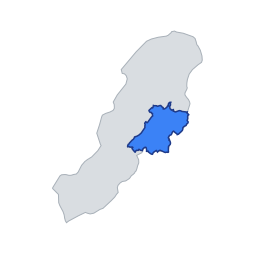 Žilinský on a map of Slovakia (Natural Earth projection), rotated 133°
{"feature_id": "SVK-1053", "entity_name": "Žilinský", "entity_type": "Region", "adm_level": 1, "iso_a3": "SVK", "parent_name": "Slovakia", "parent_adm1": "", "projection": "natural_earth1", "projection_center": [19.144, 49.173], "detail": "fine", "context": "in_parent", "style": "filled", "palette": "blue", "viewbox_px": 256, "rotation_deg": 133, "n_neighbors": 0, "source": "natural_earth", "source_scale": "10m", "svg_char_len": 5687}
<svg xmlns="http://www.w3.org/2000/svg" viewBox="0 0 256 256"><g transform="rotate(133 128 128)"><path d="M239.2,108.4L238.6,110.5L237.1,112.9L235.1,115.4L233.5,118.4L231.3,124.8L229.9,127.7L224.0,133.6L223.7,141.8L222.9,142.4L209.4,145.1L207.6,144.7L205.8,143.1L204.7,142.0L204.1,141.1L202.9,138.9L201.3,137.3L199.0,136.0L196.9,134.4L194.2,134.4L186.9,136.5L181.9,136.7L178.5,136.1L174.0,134.8L165.2,134.6L159.2,135.7L158.6,137.3L153.1,147.3L145.1,151.0L138.1,154.7L136.1,155.5L132.6,154.3L128.6,152.1L125.3,150.9L122.9,151.4L120.3,154.0L119.1,156.5L111.2,158.4L97.3,159.5L92.5,162.1L90.9,165.1L90.8,167.5L92.0,169.5L90.5,171.8L89.9,172.8L80.1,173.3L67.0,174.0L59.3,173.8L51.9,173.6L47.0,171.6L40.9,167.7L34.5,162.5L33.9,162.4L32.9,161.9L28.9,161.5L27.8,161.8L25.4,160.1L24.7,157.9L21.0,152.2L16.9,142.7L16.8,140.0L18.5,136.9L20.1,134.5L20.3,132.6L20.5,132.1L21.8,128.2L24.9,123.0L27.7,120.0L29.8,119.0L34.0,119.9L41.3,120.7L46.9,120.0L52.1,117.6L55.0,115.6L57.4,113.5L58.2,112.1L59.3,111.5L63.6,110.2L65.0,108.8L65.6,106.1L66.0,103.1L66.9,100.8L68.0,99.2L76.0,95.3L76.7,93.9L78.0,92.5L80.3,91.0L82.6,88.9L85.0,87.5L88.1,87.7L91.0,87.4L93.2,86.7L94.2,86.6L98.4,87.2L99.1,89.7L99.5,92.3L106.6,92.1L110.5,86.5L112.6,85.9L115.8,83.9L118.0,82.2L119.5,83.3L121.6,86.9L123.9,89.7L125.2,90.9L125.4,91.8L126.7,92.3L129.3,92.6L131.0,93.5L131.5,96.2L131.5,98.6L130.7,100.3L130.3,101.9L132.1,102.5L134.7,101.9L136.6,101.0L142.1,103.0L144.0,98.5L146.2,96.3L149.1,95.2L151.6,93.8L154.0,92.8L155.6,92.9L156.3,92.5L158.3,92.6L160.7,93.0L163.9,92.5L168.3,93.6L171.0,95.7L173.7,96.3L176.8,96.2L178.9,95.1L181.9,91.2L184.1,91.2L187.6,90.6L192.5,90.7L203.8,91.5L206.7,93.0L213.6,94.9L216.7,97.1L218.1,99.8L218.8,101.6L226.0,104.4L236.6,108.0L239.2,108.4Z" fill="#d9dde1" stroke="#a8b0b8" stroke-width="1"/><path d="M118.1,82.0L118.3,82.1L118.6,82.2L119.3,83.2L119.6,83.5L120.5,84.0L120.9,85.0L121.7,87.5L122.3,89.1L122.5,89.4L123.2,89.8L124.0,90.0L125.5,90.0L125.4,90.4L125.3,90.6L125.3,91.4L125.2,92.0L127.5,92.6L128.3,92.7L129.1,92.7L130.4,92.2L130.8,92.4L131.2,93.4L131.4,94.2L131.6,96.6L131.5,96.8L131.2,97.2L131.2,97.4L131.4,97.6L131.9,97.9L132.0,98.0L132.3,98.3L132.4,98.5L132.3,98.8L132.0,98.9L131.8,99.0L131.6,99.1L130.1,101.1L130.0,101.8L130.5,102.4L131.5,102.7L133.3,102.8L134.1,102.5L134.7,102.0L135.6,103.4L135.8,103.8L135.9,104.2L135.9,104.8L136.0,105.2L136.2,105.4L136.3,105.5L136.5,105.4L136.8,105.2L137.0,105.2L137.3,105.2L137.5,105.4L137.7,105.6L138.0,106.1L138.1,106.3L138.3,106.3L138.4,106.2L138.6,106.3L138.7,106.5L138.8,106.6L139.1,106.7L139.8,106.6L140.4,106.4L140.6,106.3L140.8,106.3L140.9,106.5L140.9,106.9L140.7,108.4L140.7,108.9L140.6,109.3L140.4,110.1L140.4,110.7L140.3,111.0L140.2,111.1L139.9,111.1L139.5,111.3L139.3,111.3L139.0,111.3L138.9,111.3L138.9,111.7L140.2,113.1L140.5,113.3L140.7,113.5L140.8,113.8L140.8,114.2L141.0,114.7L141.1,114.9L141.2,115.0L141.3,115.1L141.5,115.2L141.9,115.2L142.0,115.4L141.9,115.6L141.5,115.9L141.1,116.2L139.8,116.7L139.2,116.4L138.9,116.4L138.2,116.7L137.7,116.7L133.9,116.7L132.8,116.4L132.4,116.4L130.6,116.8L130.1,117.1L129.8,117.0L129.6,116.8L129.5,116.7L129.4,116.6L128.9,116.5L128.7,116.4L128.5,116.2L128.2,116.0L125.7,115.2L122.7,114.9L116.2,115.9L114.9,117.2L114.0,117.6L113.6,118.1L113.5,118.3L113.5,118.6L113.4,118.8L113.1,119.0L112.9,119.1L111.3,119.3L111.2,119.3L111.1,119.2L111.3,118.9L111.5,118.9L111.5,118.6L111.4,118.2L111.2,117.9L111.0,117.6L110.9,117.5L110.6,117.5L104.1,118.3L102.3,118.2L101.8,119.1L101.7,119.2L101.5,119.4L100.9,119.7L100.8,119.8L101.0,120.6L101.1,120.9L101.0,121.1L100.9,121.3L100.7,121.4L100.7,121.5L101.0,122.1L101.5,122.5L101.5,123.0L101.4,123.6L101.3,123.9L100.8,124.7L97.5,124.5L96.8,124.4L96.7,124.2L96.5,123.9L96.4,123.8L96.4,123.7L95.9,123.8L94.2,124.8L94.1,124.4L94.0,124.2L92.6,122.8L92.4,122.4L92.2,122.2L92.1,121.8L92.1,121.7L92.2,121.4L91.9,121.2L91.3,120.7L91.1,120.7L90.9,120.6L90.7,120.5L90.5,120.4L90.4,120.4L89.5,119.7L89.3,119.5L89.2,119.4L89.2,119.1L89.3,118.8L89.3,118.6L89.2,118.3L89.2,118.1L89.3,118.0L89.4,117.7L89.4,117.3L89.1,116.5L89.1,116.3L89.2,116.2L89.3,116.1L89.3,115.9L89.4,115.7L89.5,115.7L89.8,115.5L89.8,115.4L90.0,115.2L89.2,114.4L88.9,114.2L88.1,114.1L86.5,113.7L85.2,114.1L84.9,114.1L84.5,113.5L84.4,113.5L83.8,113.9L83.8,114.0L83.7,114.2L83.6,114.4L83.3,114.6L82.3,115.1L82.0,115.1L81.8,115.1L81.3,115.0L80.6,114.9L80.3,114.6L80.0,114.2L81.2,113.7L81.3,113.6L81.6,113.4L81.9,112.8L82.2,112.6L82.4,112.5L83.6,112.2L84.0,112.0L84.4,111.5L84.9,110.9L85.1,110.6L85.2,110.3L85.1,109.6L85.1,109.4L85.2,109.2L85.2,108.9L85.3,108.7L85.2,108.5L85.2,108.4L84.9,108.3L84.9,108.2L84.7,108.0L84.7,107.9L84.5,107.7L84.4,107.7L83.8,107.5L83.7,107.5L83.6,107.4L84.8,106.3L84.3,105.7L84.2,105.4L84.2,105.2L84.2,104.8L84.1,104.6L83.8,104.2L83.6,104.1L82.9,103.7L82.7,103.6L82.3,103.5L81.9,103.1L81.7,103.1L80.5,102.5L80.3,102.3L80.1,102.1L79.6,101.3L79.5,101.2L79.3,100.7L79.3,100.4L79.3,100.2L79.2,100.0L76.8,96.7L76.7,96.5L76.7,96.4L76.7,96.0L76.0,95.8L75.8,95.6L76.8,95.0L76.8,93.2L76.9,92.6L78.0,92.8L78.9,92.3L80.5,90.6L81.8,90.1L82.2,89.8L82.3,89.4L82.4,88.4L82.7,88.0L83.5,87.6L85.2,87.8L86.3,87.3L86.6,87.3L86.8,87.3L88.1,87.9L89.2,88.1L90.3,88.1L91.9,86.9L92.7,86.6L94.3,86.6L98.1,86.9L99.3,87.5L98.9,88.3L99.0,89.0L99.1,89.7L99.2,90.4L99.1,92.1L99.3,92.6L100.1,92.8L101.0,92.7L102.6,92.0L103.4,91.8L103.8,91.9L104.5,92.4L104.9,92.5L105.3,92.5L106.3,92.4L107.5,92.0L107.8,91.6L107.9,91.0L108.2,90.0L108.3,90.0L108.8,90.0L108.9,89.9L109.0,89.5L108.9,89.3L108.8,89.1L108.7,89.1L109.4,87.5L109.9,86.8L110.5,86.3L111.1,86.0L111.9,85.9L113.1,85.9L113.5,85.9L114.0,85.7L114.3,85.5L117.7,82.4L117.8,82.1L118.1,82.0Z" fill="#3b82f6" stroke="#1e3a8a" stroke-width="1.5"/></g></svg>